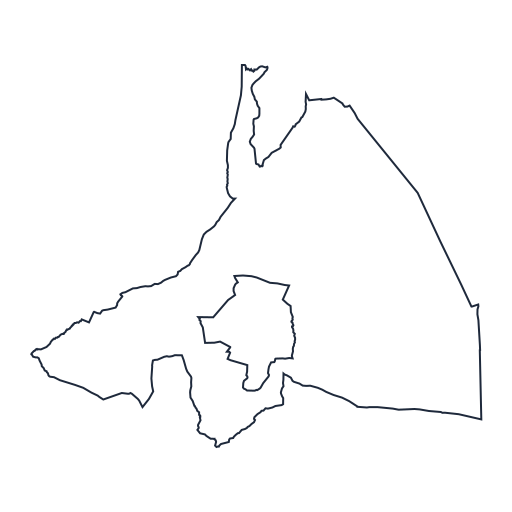 Babati, Manyara, United Republic of Tanzania
{"feature_id": "72390352B12207219772126", "entity_name": "Babati", "entity_type": "district", "adm_level": 2, "iso_a3": "TZA", "parent_name": "United Republic of Tanzania", "parent_adm1": "Manyara", "projection": "albers", "projection_center": [35.708, -4.024], "detail": "fine", "context": "isolated", "style": "outline", "palette": "slate", "viewbox_px": 512, "rotation_deg": 0, "n_neighbors": 0, "source": "geoboundaries", "source_scale": "gbopen_adm2", "svg_char_len": 6013}
<svg xmlns="http://www.w3.org/2000/svg" viewBox="0 0 512 512"><path d="M227.2,150.3L226.9,160.8L227.9,165.2L227.9,167.9L227.1,170.2L227.8,172.0L227.2,173.2L227.8,174.6L227.3,177.7L227.7,179.0L227.4,181.5L227.8,183.2L227.0,184.7L227.3,185.7L226.7,186.7L226.7,187.6L228.1,193.2L230.0,196.4L232.8,198.6L235.0,198.6L231.0,202.8L227.7,207.9L220.6,216.8L218.9,220.1L216.7,222.1L215.3,224.8L214.1,226.3L210.1,229.5L206.5,231.8L203.8,234.5L201.9,239.2L199.3,250.1L198.1,252.5L195.8,255.0L192.2,259.9L190.1,263.1L189.8,264.2L188.8,265.3L187.6,265.7L185.5,267.2L181.8,269.2L180.3,270.9L178.1,271.8L177.6,274.5L176.0,276.2L170.9,277.5L165.0,279.9L163.2,280.9L161.0,282.7L157.9,284.1L154.7,283.9L151.1,286.1L147.9,286.4L145.4,286.2L140.5,287.0L136.9,288.1L132.9,288.4L125.4,292.2L122.4,292.9L120.4,294.3L120.8,295.1L122.2,296.1L122.3,296.5L118.1,301.7L117.2,303.3L117.1,305.1L115.6,307.6L107.6,309.6L103.3,310.2L102.1,310.7L100.1,313.6L97.3,313.1L94.1,311.8L93.7,312.1L89.0,322.4L81.7,319.4L80.9,321.1L79.9,321.1L78.6,322.7L77.1,322.3L75.8,323.0L74.5,323.0L73.3,324.7L72.7,324.6L72.3,325.7L71.7,325.9L71.6,326.4L70.0,328.0L69.9,328.5L67.4,329.7L67.1,329.5L66.8,330.1L66.2,330.3L65.5,331.9L63.9,333.2L64.0,333.7L63.7,334.0L62.3,333.9L60.6,334.7L58.7,336.9L57.8,337.0L57.4,337.6L55.8,337.7L55.0,338.8L54.0,338.6L53.5,339.4L52.8,339.5L50.8,341.9L50.0,343.7L46.5,347.0L40.9,349.4L38.3,349.2L37.7,349.5L37.0,348.9L36.0,349.3L35.7,350.0L34.9,350.3L34.6,350.9L33.9,351.0L31.0,354.1L30.7,353.9L31.9,354.6L33.1,356.7L35.7,357.4L37.4,357.4L38.8,358.3L39.6,360.6L41.6,364.5L41.8,366.2L43.7,368.1L44.7,370.5L46.6,371.3L46.8,372.2L47.9,373.2L48.5,375.4L49.2,376.2L50.1,376.7L54.0,377.2L59.9,380.2L75.0,384.9L83.2,387.8L91.4,392.6L97.7,395.6L99.4,397.0L103.3,399.5L121.8,393.0L128.2,393.8L129.5,393.6L130.4,393.0L131.8,393.7L137.8,398.9L139.2,400.6L142.5,407.1L148.9,399.0L153.2,391.4L152.1,386.3L151.4,378.5L152.2,366.6L152.1,365.3L152.9,360.5L154.8,359.9L157.5,359.7L164.2,356.8L166.9,356.2L168.4,356.6L169.7,356.6L172.4,356.1L174.8,355.2L181.9,355.3L183.7,360.2L186.1,368.7L187.3,371.6L191.0,376.6L191.4,378.0L191.1,382.2L191.3,386.4L190.3,390.3L190.1,392.3L190.5,397.6L192.7,401.0L194.4,405.9L195.0,406.2L195.5,407.6L196.4,408.5L197.3,410.9L199.1,412.3L199.1,414.8L199.6,414.9L200.2,415.7L200.0,416.2L200.3,416.4L200.2,417.4L199.9,417.6L200.5,420.3L198.1,424.8L198.0,425.9L198.7,427.3L198.6,428.2L197.4,429.9L200.1,433.3L204.9,434.4L206.5,436.0L210.6,438.7L214.4,438.8L214.3,439.2L215.7,440.3L216.1,441.9L215.1,445.6L216.5,447.0L218.2,446.4L218.8,446.6L219.5,445.4L221.0,444.0L228.8,442.0L229.2,439.5L230.0,438.5L233.2,438.0L233.9,436.7L235.8,434.8L237.8,433.2L239.0,433.1L241.7,429.9L245.0,429.0L246.8,428.0L247.7,426.9L249.4,426.1L251.5,424.0L254.0,422.2L255.0,420.0L254.0,418.9L254.4,417.2L257.5,414.1L260.5,412.2L261.5,410.8L263.5,410.6L265.5,408.3L267.9,408.6L269.2,408.3L272.4,407.5L275.4,406.0L281.6,405.1L283.1,404.2L283.2,398.1L282.1,396.3L281.0,393.5L280.9,392.3L282.0,388.4L283.5,386.2L283.0,383.0L283.4,379.8L283.5,373.5L284.8,374.6L286.8,375.3L290.9,377.7L292.5,380.8L293.9,381.8L299.5,383.6L302.7,385.6L306.4,385.9L310.2,385.7L317.8,387.8L322.3,389.7L326.2,391.9L333.6,395.0L342.0,397.6L349.1,401.1L357.4,406.5L357.4,406.8L366.9,407.5L369.5,407.1L377.3,407.1L392.8,408.6L398.6,409.7L414.5,409.0L419.6,409.4L428.9,411.0L440.8,412.0L442.4,412.8L444.8,412.7L458.7,414.2L481.3,419.4L479.8,350.2L480.1,350.1L479.9,345.0L478.4,320.2L477.4,314.3L477.5,309.4L478.4,306.3L478.2,304.5L471.8,306.6L471.4,306.5L461.2,284.6L440.2,241.2L417.7,192.9L357.6,118.8L354.7,113.1L349.6,105.6L347.3,106.6L344.7,106.7L342.8,104.4L342.5,103.5L333.8,97.7L330.4,98.8L326.1,99.4L321.4,99.7L321.3,99.0L309.2,100.3L306.0,94.0L305.6,101.8L306.1,104.4L305.7,106.3L305.8,109.1L305.3,111.6L302.3,117.1L301.4,117.5L299.2,121.6L295.7,124.3L295.3,125.7L294.6,126.7L293.2,126.3L292.5,127.8L280.6,144.9L280.7,147.5L279.3,148.7L271.7,152.8L268.4,157.0L265.9,158.5L263.9,160.1L262.7,164.1L262.7,165.8L262.1,166.3L261.2,165.8L260.4,166.5L259.7,166.6L258.5,164.5L256.4,164.0L256.0,163.5L254.5,148.8L254.0,147.7L250.6,144.1L249.8,141.7L250.8,138.9L252.6,136.8L254.1,134.5L253.7,130.9L253.9,126.3L253.3,123.8L253.6,119.7L254.0,119.0L256.7,118.3L258.1,117.5L259.2,115.8L259.4,113.9L259.4,108.1L257.7,105.8L257.0,103.7L256.8,101.6L254.9,99.4L254.3,96.7L252.8,93.9L251.8,90.7L251.4,87.8L252.4,85.0L253.6,83.5L255.7,81.3L259.1,78.7L263.7,73.8L264.5,72.2L266.8,70.0L267.4,68.5L267.5,67.3L267.3,66.8L265.4,67.4L262.2,66.3L260.5,66.5L259.2,67.2L256.7,69.6L254.4,69.5L254.4,70.7L253.4,71.6L252.2,70.4L251.4,70.6L251.0,69.2L249.6,70.2L248.4,68.9L247.4,69.4L246.8,68.5L246.0,69.3L245.6,66.0L244.9,65.0L241.9,65.0L241.7,86.7L240.9,95.4L235.4,120.2L234.8,124.1L233.4,128.2L230.9,132.7L230.7,139.0L228.6,141.8L228.2,143.0L227.2,150.3ZM243.0,275.5L251.5,276.2L256.7,277.5L270.0,282.8L277.4,283.4L284.7,285.0L289.1,285.5L282.8,299.6L287.4,303.8L290.6,306.0L290.9,312.2L292.8,317.0L292.4,318.2L292.7,319.7L291.5,321.2L291.4,321.8L292.5,322.6L292.5,323.4L293.4,325.2L292.9,326.2L292.0,326.4L292.0,327.1L293.1,328.8L293.4,330.4L293.3,332.3L294.8,333.8L294.2,335.8L295.1,337.8L295.1,339.8L294.6,341.2L294.9,342.3L294.0,344.0L293.9,345.8L293.2,346.8L292.8,348.9L293.0,351.3L291.9,355.4L291.9,356.2L292.6,358.4L289.2,358.0L285.1,358.7L282.7,358.4L275.8,358.6L275.3,358.9L274.8,361.2L274.3,362.1L271.1,362.4L269.0,366.6L268.5,369.2L268.0,373.1L269.0,375.0L268.6,376.4L263.2,383.1L260.6,387.7L259.8,388.5L257.3,390.1L256.3,389.9L255.6,390.4L254.3,390.7L247.0,390.5L245.5,389.3L244.0,388.7L243.0,387.5L243.3,383.0L244.0,380.8L247.2,378.3L247.5,377.5L247.3,376.4L246.3,375.2L247.1,371.7L247.3,365.1L230.5,360.2L227.6,358.9L230.1,352.7L229.3,351.8L226.9,351.7L230.2,347.4L230.2,347.0L220.1,341.6L214.4,342.7L205.1,342.9L202.8,327.4L200.5,323.1L200.7,321.2L199.4,319.9L199.9,318.2L198.8,317.9L198.2,317.1L213.2,317.3L228.1,300.0L235.1,295.0L233.6,291.1L233.6,288.2L235.2,284.5L236.0,283.6L237.8,282.4L235.1,278.0L234.4,276.0L243.0,275.5Z" fill="none" stroke="#1e293b" stroke-width="2"/></svg>